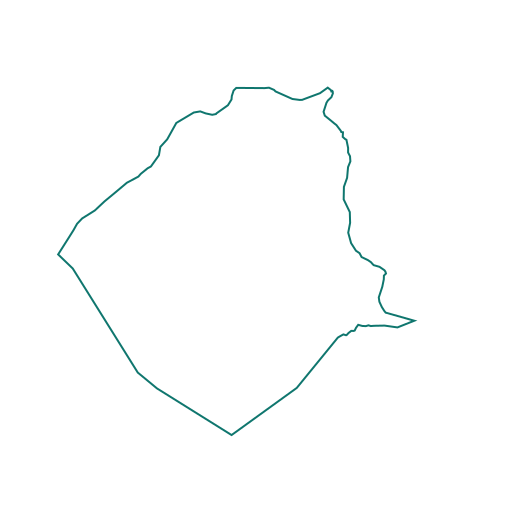 Chiquihuitlán de Benito Juárez, Oaxaca, Mexico, rotated 319°
{"feature_id": "50627088B93670020646258", "entity_name": "Chiquihuitlán de Benito Juárez", "entity_type": "district", "adm_level": 2, "iso_a3": "MEX", "parent_name": "Mexico", "parent_adm1": "Oaxaca", "projection": "mercator", "projection_center": [-96.732, 17.989], "detail": "fine", "context": "isolated", "style": "outline", "palette": "teal", "viewbox_px": 512, "rotation_deg": 319, "n_neighbors": 0, "source": "geoboundaries", "source_scale": "gbopen_adm2", "svg_char_len": 1592}
<svg xmlns="http://www.w3.org/2000/svg" viewBox="0 0 512 512"><g transform="rotate(319 256 256)"><path d="M372.6,134.9L351.4,116.2L347.7,116.4L342.7,119.4L340.2,121.8L333.7,123.8L319.6,122.4L318.9,122.6L315.6,120.7L311.6,115.4L308.8,110.3L303.2,106.9L283.2,103.3L265.5,109.7L255.4,110.9L248.8,116.3L235.4,119.5L231.8,118.7L223.0,118.4L219.3,118.9L206.6,116.0L194.3,115.8L177.6,115.4L164.2,115.9L149.5,113.6L142.1,114.3L135.1,116.8L127.5,119.1L107.7,125.0L109.5,145.2L90.3,266.4L94.4,291.0L120.1,375.1L200.2,382.3L264.0,371.3L264.4,371.3L264.6,371.3L267.7,371.9L270.5,372.5L272.0,374.9L272.8,375.1L275.4,374.8L276.8,374.9L278.8,375.0L280.5,376.6L281.6,377.0L284.4,375.8L288.0,375.0L289.9,377.9L290.4,378.6L292.9,381.0L295.4,382.1L296.7,384.2L299.4,386.2L307.4,392.9L315.9,402.7L333.0,408.7L316.7,383.8L316.8,381.5L317.5,377.0L319.1,371.5L321.5,367.8L331.1,362.1L337.1,357.5L339.7,354.7L342.6,354.5L343.4,352.7L343.6,351.0L342.1,345.2L338.8,340.1L338.7,338.3L338.7,336.1L337.8,332.6L335.0,326.1L336.0,321.8L334.9,317.6L336.2,308.7L340.9,298.9L348.8,292.7L355.6,284.4L359.3,270.8L367.7,261.5L376.0,256.8L383.8,249.3L389.3,246.5L392.4,242.4L393.4,238.3L396.4,234.9L400.5,227.6L400.0,226.3L399.6,223.0L402.8,219.7L401.7,218.4L402.1,217.3L402.6,209.9L402.1,207.5L401.1,201.4L400.0,195.2L401.6,191.5L406.9,188.3L409.7,186.6L412.3,185.8L417.1,185.6L420.7,183.7L421.7,182.3L421.0,181.5L421.7,181.1L421.1,180.3L421.3,179.7L420.6,176.0L411.1,175.1L396.2,169.5L393.2,168.4L391.3,166.8L386.5,161.4L378.7,144.6L378.6,142.5L376.2,137.5L372.6,134.9Z" fill="none" stroke="#0f766e" stroke-width="2"/></g></svg>